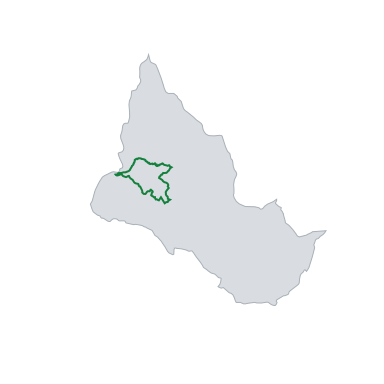 Ouadda, Haute-Kotto, Central African Republic (highlighted), rotated 239°
{"feature_id": "33826404B85937091100445", "entity_name": "Ouadda", "entity_type": "district", "adm_level": 2, "iso_a3": "CAF", "parent_name": "Central African Republic", "parent_adm1": "Haute-Kotto", "projection": "mercator", "projection_center": [22.72, 8.057], "detail": "fine", "context": "in_parent", "style": "outline", "palette": "green", "viewbox_px": 384, "rotation_deg": 239, "n_neighbors": 0, "source": "geoboundaries", "source_scale": "gbopen_adm2", "svg_char_len": 6793}
<svg xmlns="http://www.w3.org/2000/svg" viewBox="0 0 384 384"><g transform="rotate(239 192 192)"><path d="M259.6,147.6L262.8,148.4L263.3,149.4L262.5,152.6L263.1,154.6L264.9,156.3L266.7,157.0L268.4,157.4L274.5,158.5L277.0,159.7L280.3,163.4L284.5,166.8L285.5,168.7L285.3,170.3L284.1,172.3L284.3,173.1L286.2,175.1L288.4,177.2L292.4,179.5L299.4,183.0L302.5,185.4L303.6,187.2L305.4,189.2L307.9,191.0L309.6,192.4L308.4,196.3L308.8,197.6L309.4,198.7L310.8,200.2L311.4,202.2L312.9,204.7L314.6,205.8L317.4,206.2L319.0,207.4L322.1,209.3L325.2,211.0L326.5,212.2L327.3,213.2L328.0,214.5L328.3,215.7L328.4,218.3L328.9,221.6L330.5,223.8L332.1,225.5L325.8,223.6L324.9,223.5L323.8,223.9L320.5,226.2L319.5,226.5L315.4,226.0L305.5,224.2L297.9,222.4L295.6,221.7L291.5,221.1L288.8,222.3L286.3,226.5L285.5,227.3L281.6,228.6L279.7,228.2L275.1,229.4L268.0,227.7L265.5,228.0L263.5,228.9L258.4,230.8L255.3,231.9L251.7,232.8L248.3,234.3L246.0,235.2L243.7,235.2L241.7,234.3L239.5,233.6L236.8,233.4L234.1,233.9L231.7,235.5L230.8,236.7L228.7,239.9L226.3,245.0L225.4,246.1L224.5,246.6L213.4,244.0L208.6,243.4L205.4,244.2L201.3,242.8L199.6,242.5L198.7,243.0L196.5,242.3L192.8,240.6L189.3,239.8L186.2,240.1L184.2,239.5L182.7,237.8L180.7,234.7L177.1,231.6L172.2,229.1L169.2,227.2L168.0,225.9L165.4,225.2L161.4,225.1L157.6,226.3L152.1,230.2L147.0,238.2L144.1,241.2L141.8,242.0L141.3,244.0L142.4,247.0L142.7,250.5L141.9,256.5L142.2,260.8L141.0,260.1L139.8,258.1L139.2,257.7L135.9,258.6L134.1,259.4L133.2,260.2L132.5,260.4L131.4,259.2L130.6,259.0L129.2,259.3L127.9,259.2L127.0,259.1L126.4,259.2L124.8,258.5L119.0,256.9L118.0,256.3L116.9,256.4L113.9,257.8L112.3,258.2L107.5,259.1L102.3,259.6L100.4,259.6L99.0,260.2L98.1,261.2L96.5,266.7L96.1,267.6L96.2,269.0L95.7,273.4L95.9,274.8L89.8,286.9L88.8,284.9L88.1,282.6L87.9,279.8L88.0,279.1L87.6,278.3L87.1,276.1L87.6,274.6L87.2,273.1L86.0,271.7L84.9,270.5L84.3,269.5L83.8,269.1L82.6,268.9L81.0,268.4L74.1,261.3L67.0,253.3L65.6,250.7L65.0,249.2L66.7,249.0L67.2,248.7L67.2,248.0L66.1,246.0L65.6,243.4L64.7,241.8L61.9,239.3L59.3,237.4L58.4,236.5L57.9,235.1L56.9,226.5L56.5,224.0L55.6,222.9L55.0,222.4L54.8,221.8L54.9,220.3L55.2,218.9L55.2,218.3L55.9,217.1L55.9,209.1L55.1,208.0L53.5,208.0L52.6,206.8L51.9,205.3L52.1,204.3L53.7,202.7L54.7,202.0L57.7,200.7L58.6,200.1L59.1,199.3L59.5,198.2L61.2,194.1L63.8,190.0L65.0,189.1L67.6,183.1L68.2,181.5L68.7,180.0L69.5,178.7L72.4,176.6L74.6,173.0L76.9,173.2L79.4,173.8L82.5,174.1L84.9,173.4L86.5,172.0L94.0,169.6L94.5,167.6L95.7,166.6L97.1,165.7L97.6,165.6L97.7,166.2L98.5,168.3L100.2,170.3L102.8,172.4L103.5,172.3L105.0,170.6L109.0,169.6L110.0,169.2L112.7,166.7L116.1,165.2L118.0,164.6L121.4,163.0L123.8,163.2L127.7,163.0L134.2,162.2L138.8,162.0L141.2,161.7L141.8,161.3L142.7,159.0L143.4,158.3L145.1,157.3L148.6,153.8L150.8,150.9L151.5,149.8L152.0,149.6L152.9,148.3L152.0,147.0L148.1,144.4L148.2,144.1L148.0,143.6L148.2,143.2L149.7,142.2L151.6,140.9L153.7,140.5L159.2,140.6L163.9,140.3L165.0,140.4L168.7,139.7L171.2,139.2L173.8,137.9L179.6,138.0L184.4,134.8L185.8,134.2L186.4,133.7L186.6,133.2L188.9,132.0L191.4,129.3L193.4,126.9L194.0,125.2L199.5,119.5L201.4,119.6L202.3,118.9L204.5,115.1L205.2,114.4L207.5,113.7L208.5,112.6L209.5,110.9L209.5,108.8L209.0,107.1L209.0,106.3L209.6,105.6L210.4,104.8L214.6,102.8L215.7,101.8L216.3,100.9L217.5,100.7L218.8,100.8L219.6,100.2L220.5,99.3L223.4,98.0L226.0,97.1L228.9,97.5L234.0,98.7L235.5,101.5L236.2,102.4L242.5,108.9L243.7,110.4L246.8,115.1L248.7,118.3L250.9,122.8L251.1,125.3L250.9,127.4L250.4,133.4L249.8,135.1L247.1,138.3L247.0,139.8L247.5,141.0L248.4,141.5L248.9,142.1L248.6,144.9L249.6,145.9L251.6,146.7L256.9,147.2L259.6,147.6Z" fill="#d9dde1" stroke="#a8b0b8" stroke-width="1"/><path d="M246.3,135.5L245.6,135.6L245.0,136.0L244.6,136.6L244.2,137.9L244.0,139.4L243.7,140.4L242.8,140.9L241.2,141.1L239.1,142.8L238.7,143.2L238.6,144.5L238.6,145.6L238.3,146.2L238.0,146.3L237.1,146.0L235.3,146.3L232.9,147.4L230.1,147.4L229.2,147.7L228.1,148.5L226.7,150.0L226.1,150.1L225.4,149.8L224.9,149.6L223.8,149.8L223.4,150.4L219.0,150.0L218.1,149.7L217.2,149.1L215.3,149.6L214.9,150.2L214.3,151.1L214.7,152.2L215.3,153.5L215.4,154.4L214.5,156.0L214.6,156.6L214.9,157.1L215.3,157.6L215.2,157.9L212.8,158.6L212.2,158.2L211.9,157.0L211.1,156.5L210.6,155.9L210.4,155.4L209.9,155.4L209.2,155.7L208.2,156.4L207.1,156.6L206.7,157.6L205.8,157.2L205.1,157.1L204.2,157.2L204.1,157.8L203.8,158.1L202.3,158.9L201.9,159.3L202.2,160.0L203.5,162.7L196.4,162.8L196.6,164.7L196.3,165.3L196.0,165.8L196.0,166.3L196.6,166.9L196.7,169.2L198.6,167.8L200.4,168.7L201.0,168.6L202.2,168.2L203.5,168.4L204.3,169.0L204.9,169.1L205.6,169.6L206.4,171.2L207.4,174.1L209.3,174.1L210.0,175.1L210.8,175.4L212.0,175.3L213.3,174.7L214.6,173.4L216.4,172.7L217.6,172.7L221.0,171.0L221.9,172.0L221.9,173.0L222.3,173.4L222.7,174.8L222.3,175.4L223.0,176.6L223.2,177.1L222.7,177.7L221.6,180.0L221.9,181.4L222.2,181.9L222.3,183.1L222.8,184.1L223.3,184.9L223.6,185.6L223.7,187.2L224.2,186.9L224.8,186.5L224.9,186.2L225.2,186.2L225.7,186.2L226.0,186.2L226.3,186.3L226.6,186.3L226.8,186.0L227.0,184.6L227.8,184.0L229.2,182.5L230.2,181.8L230.5,181.7L230.7,181.8L231.0,181.8L231.1,181.5L231.2,181.3L231.5,181.1L231.8,181.1L231.8,180.8L231.8,180.5L231.8,179.6L232.0,179.3L232.0,178.8L232.2,178.1L232.1,177.8L231.8,177.8L231.8,177.6L232.1,177.5L232.2,177.4L232.3,177.1L232.0,176.8L232.0,176.4L232.1,175.7L232.6,175.1L232.9,175.0L233.2,174.9L233.3,175.1L233.3,175.4L233.3,175.6L233.6,175.7L233.7,175.2L233.7,174.9L233.8,174.8L234.0,174.9L234.1,175.0L234.3,175.1L234.5,175.2L234.9,175.2L234.8,174.8L235.0,174.6L235.4,174.8L235.7,174.8L235.8,174.5L235.7,174.2L235.6,173.9L235.8,173.4L236.0,172.7L236.3,172.6L236.5,172.6L236.8,172.6L237.1,171.7L237.2,171.0L238.0,170.1L238.5,170.4L239.0,170.3L239.2,170.2L239.2,169.8L239.5,169.4L239.9,169.3L240.2,169.1L240.6,169.1L240.9,169.2L241.1,169.0L241.2,168.9L241.5,168.9L241.8,168.7L242.0,168.4L242.4,168.4L242.5,168.4L242.7,168.2L242.9,168.2L243.0,168.4L243.2,168.5L243.5,168.4L243.9,168.3L244.3,168.1L244.5,167.8L244.6,167.6L244.9,167.4L245.2,167.2L245.5,166.9L246.4,165.7L246.8,165.7L247.4,165.1L248.0,164.3L248.4,163.8L248.4,163.1L248.3,162.7L248.3,162.3L248.8,162.2L249.0,161.7L249.1,161.0L249.0,160.8L248.9,160.6L249.0,159.9L249.0,159.5L248.8,159.3L248.4,159.2L247.3,158.1L247.2,157.5L246.8,157.4L246.6,157.0L246.5,156.6L246.4,156.4L246.0,156.1L245.7,155.9L245.4,154.9L245.3,154.0L244.7,153.5L244.5,152.8L243.5,151.2L243.3,150.5L242.9,150.2L242.8,149.9L242.6,148.8L242.6,148.1L242.8,147.2L242.8,146.6L242.9,146.3L243.1,146.1L243.1,145.8L243.0,145.5L243.0,145.3L243.5,144.5L244.1,143.5L244.3,143.0L244.3,142.4L244.6,141.7L245.2,140.3L245.5,139.7L246.0,139.1L246.0,138.9L246.0,138.1L245.9,137.7L245.6,137.2L245.7,136.7L245.8,136.2L246.2,135.8L246.3,135.5Z" fill="none" stroke="#15803d" stroke-width="2"/></g></svg>